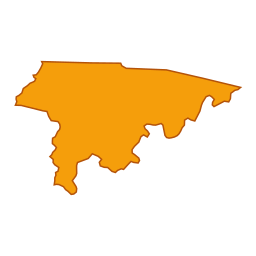 the district of Três Ranchos, Goiás, Brazil
{"feature_id": "56859067B84433835095202", "entity_name": "Três Ranchos", "entity_type": "district", "adm_level": 2, "iso_a3": "BRA", "parent_name": "Brazil", "parent_adm1": "Goiás", "projection": "mercator", "projection_center": [-47.783, -18.367], "detail": "fine", "context": "isolated", "style": "filled", "palette": "amber", "viewbox_px": 256, "rotation_deg": 0, "n_neighbors": 0, "source": "geoboundaries", "source_scale": "gbopen_adm2", "svg_char_len": 1765}
<svg xmlns="http://www.w3.org/2000/svg" viewBox="0 0 256 256"><path d="M240.6,87.4L202.2,78.1L198.2,77.2L166.4,69.9L126.2,68.3L121.8,65.8L120.7,63.2L90.4,62.9L87.3,62.8L41.7,61.6L42.7,63.8L40.8,68.0L38.4,72.2L36.2,74.8L33.2,75.2L34.0,77.4L35.8,78.6L34.6,81.2L32.6,82.2L30.1,83.2L27.4,85.7L23.3,88.5L21.9,92.9L19.1,95.3L16.3,96.8L16.1,99.1L16.8,101.7L15.4,105.2L21.2,105.4L42.8,110.8L47.0,111.5L48.7,116.4L51.2,120.6L58.0,121.6L59.7,124.1L60.2,127.0L59.6,129.5L57.6,131.7L55.3,136.7L52.6,138.2L52.4,141.1L52.4,143.6L54.5,145.4L56.4,147.5L55.2,149.9L52.7,152.4L51.8,154.7L49.9,156.6L53.2,159.4L53.1,162.5L54.7,164.7L58.8,167.5L58.0,171.2L55.6,172.5L55.9,175.3L54.8,177.8L54.8,180.8L54.2,184.8L56.4,184.3L59.1,184.6L63.5,186.7L65.6,189.6L68.0,191.3L71.2,194.4L73.8,194.0L76.3,192.0L76.7,188.6L76.0,186.5L72.3,180.7L75.9,175.8L76.7,173.4L76.6,168.8L76.6,165.5L77.5,162.5L88.2,158.5L92.3,153.8L98.2,156.3L101.6,159.3L99.3,162.3L100.3,165.9L104.2,167.3L107.7,167.5L112.0,171.4L115.4,172.5L117.6,170.4L121.2,168.8L123.6,169.4L128.1,164.4L131.0,161.4L133.6,162.4L138.1,163.0L139.5,160.5L138.8,158.1L134.6,154.6L132.2,153.0L132.1,149.6L134.5,146.3L138.8,142.1L139.9,139.2L141.0,136.6L143.6,134.9L147.3,137.0L149.3,133.8L147.5,131.0L145.0,128.7L144.1,126.0L146.8,124.1L150.1,124.3L153.1,125.0L155.7,125.1L161.2,123.5L162.9,125.1L165.0,135.4L166.6,137.5L169.0,138.1L171.2,137.8L174.4,137.0L177.2,135.6L179.0,133.8L180.7,131.0L182.1,127.8L184.4,125.1L184.6,120.1L187.9,118.1L190.9,119.9L194.8,121.0L199.9,111.1L201.4,105.4L202.5,102.5L206.1,96.7L209.4,95.4L211.5,96.6L214.3,99.4L212.6,102.3L212.3,104.9L214.0,106.6L220.7,103.1L224.3,101.2L228.7,101.9L230.4,98.8L230.8,93.3L232.9,91.8L234.9,90.3L237.9,89.6L240.6,87.4Z" fill="#f59e0b" stroke="#b45309" stroke-width="1.5"/></svg>